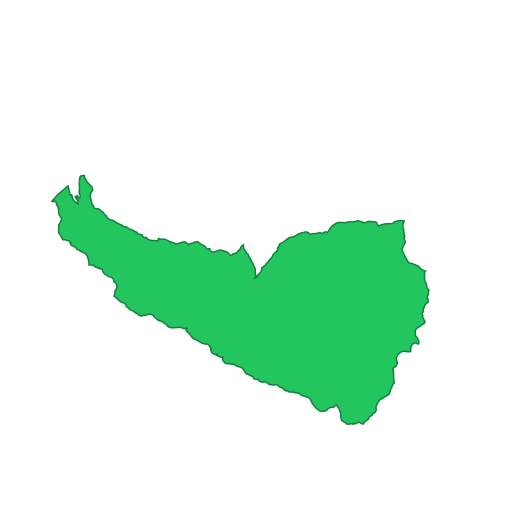 the district of Leresti, Arges, Romania, rotated 130°
{"feature_id": "2599482B20618931302100", "entity_name": "Leresti", "entity_type": "district", "adm_level": 2, "iso_a3": "ROU", "parent_name": "Romania", "parent_adm1": "Arges", "projection": "robinson", "projection_center": [25.045, 45.399], "detail": "fine", "context": "isolated", "style": "filled", "palette": "green", "viewbox_px": 512, "rotation_deg": 130, "n_neighbors": 0, "source": "geoboundaries", "source_scale": "gbopen_adm2", "svg_char_len": 6081}
<svg xmlns="http://www.w3.org/2000/svg" viewBox="0 0 512 512"><g transform="rotate(130 256 256)"><path d="M255.6,272.9L258.4,273.4L261.0,272.6L262.9,273.0L266.1,272.8L269.1,274.9L270.5,275.0L271.9,275.8L272.1,276.1L271.6,277.9L271.7,281.2L274.4,287.4L277.8,289.3L280.2,291.1L281.1,292.2L281.4,294.1L280.2,295.9L280.3,296.4L281.8,297.6L282.0,298.4L281.3,301.8L282.3,305.1L282.5,309.9L284.5,311.9L286.6,312.7L290.3,315.2L290.9,315.1L290.5,318.7L291.8,320.7L298.5,325.0L298.5,326.6L300.5,331.7L301.6,336.4L302.2,337.3L304.0,339.2L304.9,340.8L304.8,341.3L305.5,341.9L306.9,341.2L308.0,341.4L309.6,344.1L310.9,345.3L312.6,348.7L312.7,350.0L312.3,351.9L312.7,352.7L313.7,353.0L313.8,353.5L313.9,354.7L313.0,357.1L314.9,360.1L314.5,362.7L315.9,368.6L316.8,370.1L316.9,373.4L318.5,376.3L318.5,378.0L320.4,385.2L320.4,387.3L321.0,389.3L322.1,391.4L322.3,393.6L322.1,395.0L321.4,396.4L321.7,397.7L320.8,400.9L321.1,402.2L320.9,405.2L321.3,407.4L323.3,410.2L323.3,410.9L321.9,413.0L322.1,414.2L321.9,414.7L320.2,416.7L320.1,417.7L318.2,419.3L317.5,421.0L314.6,422.8L310.4,423.5L308.7,425.6L307.8,433.2L306.0,438.0L304.7,439.2L306.3,441.0L307.6,441.7L308.9,441.5L312.7,439.1L318.2,434.2L320.2,433.1L321.7,431.4L322.5,429.8L324.1,428.5L325.8,428.9L325.7,430.0L325.2,430.4L325.5,430.5L324.7,431.8L326.8,432.6L327.9,429.7L327.8,427.9L328.4,427.4L329.8,427.6L329.9,426.8L330.3,426.9L330.5,426.4L330.9,429.2L330.5,431.6L329.4,434.1L327.5,436.6L328.6,437.2L328.4,438.0L323.1,445.1L336.3,447.3L345.2,447.6L344.9,446.4L342.8,444.7L343.7,443.5L343.5,442.7L345.3,441.5L345.1,440.1L346.6,438.0L346.3,437.6L348.0,436.7L350.9,433.4L352.3,429.2L352.9,428.5L357.1,427.2L357.9,427.4L358.8,427.1L364.3,422.9L365.4,421.4L365.3,420.4L367.6,414.6L367.3,413.7L366.4,413.0L364.5,408.4L365.2,407.3L364.6,406.6L365.5,406.3L366.6,404.6L365.5,400.8L365.5,398.7L366.1,397.3L365.3,395.9L365.1,394.4L365.4,393.7L364.9,392.8L363.9,388.6L364.1,386.5L364.7,384.8L367.8,380.3L370.3,378.1L370.2,377.8L369.3,377.4L368.9,376.4L368.2,375.9L367.3,372.6L367.6,371.5L366.8,370.2L366.8,368.8L366.5,368.5L365.8,368.7L366.0,367.0L365.0,365.8L366.7,362.5L367.2,360.3L366.7,358.4L366.5,355.8L365.3,352.9L365.2,351.8L365.4,350.8L366.0,349.4L367.1,348.2L367.2,347.6L366.7,346.8L366.8,345.5L368.9,342.8L370.1,341.9L373.4,341.6L375.3,340.0L377.4,339.4L377.9,338.8L378.1,336.9L377.7,335.8L378.1,334.1L378.1,330.3L377.9,329.2L376.7,326.7L376.8,325.3L378.1,322.2L377.7,320.5L378.1,319.3L377.7,316.2L377.1,315.3L377.1,313.1L376.6,311.9L377.0,311.2L376.3,309.7L376.6,307.2L375.7,305.5L375.7,304.9L374.3,304.6L372.9,302.9L369.9,301.0L368.4,299.5L367.6,297.2L368.1,294.4L368.1,289.1L367.4,288.2L366.6,285.7L366.4,284.0L366.6,283.3L366.0,281.1L366.6,279.2L366.4,276.6L364.9,274.0L359.4,268.2L358.4,266.3L358.1,264.6L355.6,262.6L356.2,262.1L357.7,262.0L358.1,261.0L358.7,255.5L359.1,254.8L359.6,251.3L358.5,247.2L357.5,241.3L356.6,239.7L356.3,238.6L354.6,236.3L354.5,235.6L354.6,234.1L355.0,233.7L354.8,232.8L355.3,232.5L355.2,232.1L355.7,231.9L356.2,230.6L356.9,230.6L358.5,227.5L358.4,225.9L357.6,224.1L357.5,222.9L356.5,222.6L357.3,222.2L356.5,218.7L356.0,217.7L355.7,217.7L355.2,216.8L354.7,216.5L355.3,215.8L356.4,215.5L357.4,214.1L357.9,211.0L356.9,208.5L355.7,207.5L354.6,205.1L353.2,203.5L352.6,199.6L350.6,195.3L351.6,190.7L352.5,188.3L350.4,180.5L351.4,178.7L351.1,177.7L349.3,175.2L349.7,173.3L349.6,172.1L348.5,169.9L347.2,168.9L346.3,167.7L346.0,164.3L345.7,163.3L344.3,160.4L341.7,158.0L341.2,157.1L341.0,153.0L340.0,150.8L340.4,149.4L340.1,146.4L339.2,145.7L339.0,143.5L336.1,139.6L335.7,138.3L333.7,135.2L333.4,134.0L333.5,131.6L330.9,125.4L330.6,122.8L332.9,117.7L334.0,111.6L333.6,107.3L331.0,103.8L329.2,102.8L326.4,102.5L324.0,101.6L322.6,100.2L322.1,99.3L318.7,99.2L318.1,98.7L318.3,97.8L318.9,97.2L319.3,94.6L319.8,93.8L322.3,89.8L325.3,87.1L327.0,84.4L326.7,83.9L326.4,80.6L325.9,79.6L326.4,78.4L324.4,76.1L323.2,75.3L322.7,74.0L321.9,74.0L321.4,73.6L321.9,73.2L321.6,72.7L316.9,70.1L316.7,67.9L315.9,65.9L312.2,66.0L308.8,65.0L307.0,65.7L305.5,65.6L304.6,65.0L303.2,64.8L301.8,65.3L300.7,64.5L299.4,64.4L296.4,64.8L295.6,66.4L291.9,68.1L286.9,68.7L276.1,65.1L271.8,67.1L269.9,67.4L267.1,68.5L264.6,68.6L263.6,69.2L261.0,72.1L259.1,73.6L256.3,76.5L255.5,76.6L255.2,77.8L254.2,78.5L252.8,78.8L250.8,77.9L248.7,78.3L246.9,79.2L244.4,82.9L241.4,83.8L238.3,83.7L236.2,83.2L233.8,81.5L232.1,78.6L230.0,76.1L225.9,78.9L223.3,79.5L220.5,78.5L219.9,77.7L219.6,75.9L219.1,75.5L219.0,75.0L218.6,74.9L217.0,76.1L215.0,80.0L214.6,82.5L211.1,85.8L209.0,86.4L207.5,86.2L203.3,84.9L201.5,84.8L200.4,83.8L197.7,84.2L195.7,89.4L194.5,89.8L193.5,91.5L191.6,92.0L188.3,94.1L187.1,94.2L185.3,95.0L183.8,95.1L180.7,94.5L178.7,96.2L177.3,98.7L175.7,98.9L171.3,101.4L170.6,104.1L169.5,105.9L167.9,107.3L166.4,111.2L165.6,111.6L164.8,112.7L163.5,113.3L161.9,115.3L160.7,115.7L159.4,116.6L158.6,116.5L160.1,120.9L159.3,124.9L161.3,131.2L163.1,134.5L160.9,140.9L157.2,148.6L149.1,150.6L147.5,153.7L145.2,154.8L144.4,156.2L139.9,160.9L139.7,161.9L138.1,163.3L133.9,165.1L136.1,168.1L138.8,170.6L140.5,171.7L143.5,172.3L147.7,177.1L150.4,179.3L154.1,181.4L153.5,184.1L152.8,185.4L153.8,187.6L155.0,188.8L156.2,191.1L157.7,192.4L160.5,193.9L161.1,194.7L163.1,200.2L163.9,201.1L165.7,201.9L166.8,203.2L167.8,203.8L170.6,207.3L173.7,209.6L174.3,210.8L177.3,214.4L180.2,216.0L184.3,216.9L187.7,217.0L189.0,216.6L192.1,216.5L193.0,218.5L196.4,220.0L197.2,222.4L198.9,223.2L199.6,224.4L200.7,224.8L202.2,226.7L204.3,228.3L204.7,229.3L204.5,231.0L205.4,233.3L211.2,237.5L212.8,237.8L217.5,239.8L220.5,242.4L228.5,244.2L230.1,245.1L232.0,245.3L232.1,245.6L234.0,244.6L236.2,244.7L236.5,243.6L237.2,243.1L238.7,243.5L239.4,243.1L240.9,243.6L244.0,243.7L247.1,242.9L249.9,243.3L253.4,242.9L255.9,243.3L257.1,243.0L260.6,243.8L261.5,243.8L264.7,242.0L268.4,242.3L271.9,241.9L273.4,242.3L273.8,242.7L272.0,242.8L270.5,244.1L269.6,245.6L266.8,247.8L265.9,249.0L265.3,250.8L263.4,254.2L263.1,255.7L261.5,258.6L261.4,260.5L259.9,262.9L259.7,263.6L260.0,265.1L259.2,265.9L259.0,267.8L258.1,270.3L255.6,272.9Z" fill="#22c55e" stroke="#15803d" stroke-width="1.5"/></g></svg>